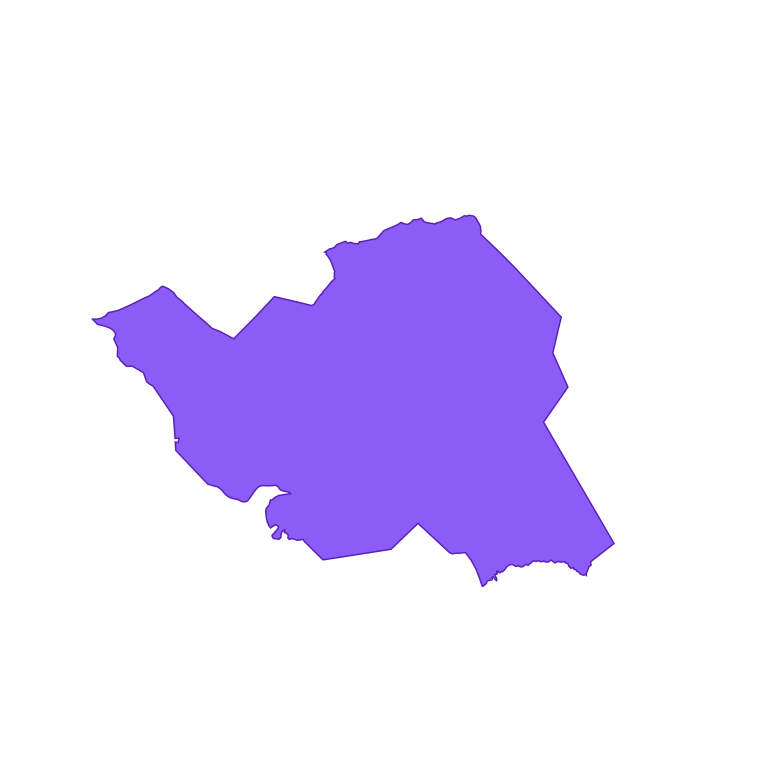 Aporo, Michoacán, Mexico, rotated 33°
{"feature_id": "50627088B9670136162302", "entity_name": "Aporo", "entity_type": "district", "adm_level": 2, "iso_a3": "MEX", "parent_name": "Mexico", "parent_adm1": "Michoacán", "projection": "mercator", "projection_center": [-100.39, 19.665], "detail": "fine", "context": "isolated", "style": "filled", "palette": "violet", "viewbox_px": 768, "rotation_deg": 33, "n_neighbors": 0, "source": "geoboundaries", "source_scale": "gbopen_adm2", "svg_char_len": 5858}
<svg xmlns="http://www.w3.org/2000/svg" viewBox="0 0 768 768"><g transform="rotate(33 384 384)"><path d="M576.7,500.2L577.5,498.8L577.6,498.6L578.3,496.5L578.3,496.1L578.4,494.9L577.9,493.6L578.5,492.2L579.4,491.2L580.0,490.7L580.7,490.1L581.0,489.5L581.2,489.2L580.8,488.3L580.3,487.6L580.1,487.4L580.2,486.6L580.4,486.4L580.6,486.3L580.8,486.3L581.9,486.7L583.3,487.1L584.7,487.6L585.3,487.7L585.4,487.1L585.1,486.5L585.0,486.3L583.8,485.4L583.3,485.1L583.2,485.1L581.8,484.4L581.0,483.9L580.6,483.4L581.0,483.0L581.6,482.6L581.9,482.4L582.3,481.9L582.2,481.4L582.2,481.2L581.7,480.7L580.9,480.2L580.6,479.9L580.5,479.7L580.8,479.3L581.8,479.1L582.8,479.4L583.1,479.3L583.7,479.3L584.1,478.9L584.3,478.8L584.4,478.1L584.7,477.1L585.3,477.1L585.5,476.9L585.7,476.7L585.8,476.0L586.3,474.4L586.4,473.4L586.7,469.5L588.6,466.3L590.3,465.4L590.8,465.2L592.4,465.3L593.3,465.3L594.8,464.6L594.9,464.4L595.4,463.1L597.5,463.2L597.9,463.0L598.8,462.6L599.8,461.8L599.9,461.7L601.1,458.3L601.3,457.8L603.2,457.7L603.4,457.6L603.7,457.3L605.4,451.7L605.5,451.1L606.7,450.5L607.0,450.5L607.1,450.4L607.6,450.2L608.0,450.1L608.8,449.4L609.6,448.4L609.8,448.2L610.1,447.9L610.8,447.9L612.0,447.8L612.2,447.6L612.8,447.2L613.4,446.6L613.6,446.3L614.4,445.8L614.7,445.7L615.3,445.5L616.1,445.3L616.9,444.9L617.4,444.7L618.3,444.2L618.9,443.5L619.3,442.6L619.4,442.0L619.4,441.8L619.5,441.2L619.8,441.0L619.9,440.9L621.4,440.8L622.2,440.8L623.6,440.9L624.8,441.0L626.0,438.7L626.2,438.4L626.6,438.2L627.4,437.8L627.5,437.8L629.1,437.2L629.5,436.9L630.8,435.8L631.9,434.9L632.2,434.6L632.3,434.6L632.6,434.7L632.8,434.9L633.3,435.2L634.2,435.0L635.1,434.6L635.9,434.6L636.2,434.7L636.7,434.9L637.8,435.8L637.9,436.1L641.2,436.7L641.5,436.4L642.7,434.9L643.9,435.8L644.9,435.6L646.4,435.3L647.6,436.1L648.1,436.0L649.1,435.6L652.3,436.5L655.1,435.8L655.4,435.8L656.0,435.2L656.6,434.6L656.8,433.9L657.0,433.9L657.8,434.1L657.0,432.9L656.9,432.5L655.4,425.2L656.4,423.3L654.1,420.5L663.2,394.1L663.8,392.5L646.2,383.6L642.4,381.6L627.1,373.9L623.6,372.1L593.3,356.8L556.5,338.2L555.3,337.6L538.6,329.1L539.9,286.4L537.8,285.0L532.5,281.6L530.9,280.5L530.4,280.2L530.1,280.0L524.0,276.0L508.6,266.0L507.2,262.2L506.9,261.1L502.9,250.1L500.0,242.2L499.8,241.4L496.2,231.4L494.8,231.1L474.7,226.1L446.5,219.1L445.4,218.9L430.0,215.1L410.4,210.8L383.3,205.7L382.4,203.6L381.2,202.1L379.1,199.4L376.3,197.7L372.2,195.7L371.3,195.0L369.3,194.5L368.1,194.4L366.7,194.7L365.9,195.2L364.9,195.6L363.8,195.9L362.6,197.3L361.9,198.2L361.1,198.5L359.7,199.2L357.6,203.5L354.5,207.5L349.5,208.3L347.9,209.6L346.2,211.4L343.5,216.7L341.6,219.0L340.1,220.6L339.9,221.9L337.2,223.1L332.5,225.2L329.3,226.1L327.7,225.4L324.8,224.7L323.0,227.5L319.0,230.6L318.9,232.2L318.1,235.0L316.8,237.4L315.6,237.9L314.3,238.4L312.2,238.9L310.3,239.2L310.2,239.4L309.4,241.3L307.7,244.5L304.3,249.6L300.6,255.0L300.2,256.5L299.6,260.2L298.8,266.0L294.9,269.6L293.6,271.0L287.8,276.7L286.0,278.0L286.0,280.7L284.0,281.5L282.0,282.7L278.7,283.4L277.2,285.6L274.3,285.3L274.1,285.3L273.7,285.7L272.2,287.7L268.8,292.5L268.4,293.5L268.1,296.3L267.8,296.8L266.3,298.9L265.3,299.8L264.8,300.3L262.5,305.6L263.1,305.4L263.7,305.3L264.2,305.4L264.9,306.8L266.8,307.2L272.1,309.6L278.1,314.0L281.7,316.7L281.9,317.8L282.2,318.7L282.8,319.2L283.7,320.7L284.1,321.6L285.4,322.2L284.1,327.4L283.8,331.5L283.1,337.0L282.6,338.5L282.7,342.3L282.6,343.7L282.2,343.7L281.8,355.5L281.1,356.9L280.8,357.6L280.4,357.7L279.9,357.9L272.2,360.5L265.6,362.8L244.4,370.5L243.8,374.2L243.7,374.8L239.8,396.4L233.4,428.0L224.6,428.7L217.6,429.3L214.3,430.0L209.5,431.0L202.6,429.8L200.3,429.4L192.3,428.4L187.7,427.7L173.3,425.5L168.9,424.5L163.2,424.1L158.0,422.0L151.5,421.5L145.2,422.5L143.9,424.7L143.8,427.4L142.2,430.4L139.5,437.4L135.5,443.6L130.1,452.8L127.0,457.9L120.5,467.7L114.0,474.2L113.1,479.1L111.1,482.8L107.7,486.1L104.2,488.3L105.0,488.6L111.4,490.0L112.2,489.7L118.5,487.4L119.0,487.3L124.0,486.3L125.1,486.3L127.1,486.4L129.4,487.0L130.5,487.5L131.8,488.5L132.6,490.3L132.6,492.0L133.0,493.5L140.7,498.3L145.4,506.2L147.5,506.2L149.9,507.7L151.9,508.1L157.7,509.4L159.9,508.6L162.2,506.6L162.6,506.2L173.2,505.6L176.2,505.5L177.3,506.4L177.8,506.8L181.4,509.6L183.7,511.4L184.1,511.4L186.7,511.7L189.3,511.7L190.1,511.6L191.5,511.5L202.8,516.3L206.8,518.0L216.3,522.0L221.0,524.0L225.1,525.7L225.2,526.0L238.4,543.4L240.0,542.3L241.6,541.1L243.3,545.3L241.8,545.8L240.5,546.3L245.0,552.3L245.7,553.1L257.7,556.0L290.9,564.0L293.4,563.1L295.9,562.4L298.0,561.8L300.3,560.9L302.2,560.9L304.9,561.1L307.8,562.0L310.2,562.7L312.7,563.2L314.1,563.2L316.6,563.2L319.5,562.4L323.1,560.9L325.1,560.4L328.2,560.1L330.4,559.4L332.2,558.0L333.2,556.3L333.6,552.6L333.7,545.7L334.3,540.2L335.3,537.6L337.1,535.6L340.6,533.5L343.9,531.4L346.4,529.5L348.4,527.9L349.9,527.8L351.4,527.9L353.3,528.8L354.8,529.2L355.9,529.1L357.1,528.7L358.3,528.5L361.3,527.2L363.6,526.5L365.4,526.9L362.0,529.8L359.9,531.6L356.5,534.8L354.6,537.9L353.2,542.2L351.9,543.1L353.6,548.0L353.0,552.5L354.0,555.1L358.5,560.6L359.6,561.6L362.0,563.9L362.6,563.8L364.3,565.4L367.3,566.5L367.5,565.5L369.0,562.6L369.1,561.9L369.5,561.1L372.3,560.9L373.8,561.8L373.4,567.3L373.2,567.3L372.8,570.5L372.6,571.7L372.8,572.2L373.3,572.8L375.0,573.6L375.5,573.6L378.1,572.5L380.5,571.4L381.1,568.9L379.9,566.8L378.8,563.6L380.0,560.4L380.8,561.2L380.8,562.0L381.3,562.5L381.6,562.7L382.7,562.4L384.7,562.5L385.8,563.0L386.5,563.7L387.1,565.3L389.1,566.0L389.9,565.1L390.5,564.3L391.9,563.3L395.6,562.5L396.9,561.9L398.4,560.6L399.1,559.9L399.9,559.2L400.7,558.4L403.2,559.5L428.6,564.7L476.3,522.0L479.9,518.7L488.4,482.4L497.5,483.9L508.8,485.9L530.6,489.7L533.8,489.2L536.4,486.8L537.8,485.8L539.1,485.2L539.7,484.7L540.2,484.1L544.2,481.1L553.4,484.5L562.3,489.3L570.8,495.6L576.7,500.2Z" fill="#8b5cf6" stroke="#5b21b6" stroke-width="1.5"/></g></svg>